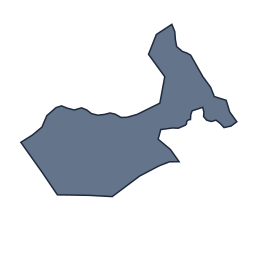 the District of Wakiso, rotated 54°
{"feature_id": "UGA-3091", "entity_name": "Wakiso", "entity_type": "District", "adm_level": 1, "iso_a3": "UGA", "parent_name": "Uganda", "parent_adm1": "", "projection": "mercator", "projection_center": [32.452, 0.206], "detail": "fine", "context": "isolated", "style": "filled", "palette": "slate", "viewbox_px": 256, "rotation_deg": 54, "n_neighbors": 0, "source": "natural_earth", "source_scale": "10m", "svg_char_len": 906}
<svg xmlns="http://www.w3.org/2000/svg" viewBox="0 0 256 256"><g transform="rotate(54 128 128)"><path d="M80.5,68.1L69.0,50.1L69.9,31.6L77.5,33.5L84.5,37.8L90.8,40.8L98.0,39.0L102.0,36.3L105.9,34.5L130.6,37.3L143.5,37.2L153.3,39.7L163.3,32.3L174.9,36.3L186.9,36.3L187.0,43.5L184.1,50.1L178.5,50.7L173.4,52.2L171.7,56.8L167.8,59.8L163.1,60.1L159.8,57.3L155.2,55.4L151.8,66.0L154.0,69.3L157.9,72.5L156.9,74.4L157.2,76.7L159.0,78.2L159.4,80.1L157.8,87.3L154.2,91.9L148.5,102.4L154.8,110.2L170.5,106.3L185.3,106.5L179.7,114.3L176.8,125.4L173.7,146.8L174.2,181.1L159.9,198.7L148.2,214.2L140.6,224.4L113.0,223.5L76.6,223.1L77.5,209.5L76.7,197.1L70.3,186.4L69.2,174.2L71.0,168.8L76.2,165.5L81.8,160.9L84.4,153.7L89.1,150.8L94.9,149.1L99.9,144.9L103.2,139.0L105.3,133.7L109.2,130.3L115.4,127.4L118.8,122.4L122.4,112.5L126.6,87.6L108.1,68.1L80.5,68.1Z" fill="#64748b" stroke="#1e293b" stroke-width="1.5"/></g></svg>